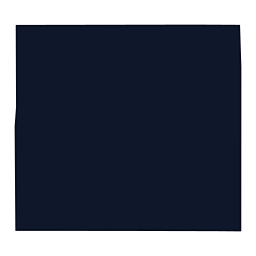 Lincoln, Wisconsin, United States of America
{"feature_id": "52423323B27188266826921", "entity_name": "Lincoln", "entity_type": "district", "adm_level": 2, "iso_a3": "USA", "parent_name": "United States of America", "parent_adm1": "Wisconsin", "projection": "equal_earth", "projection_center": [-89.718, 45.337], "detail": "fine", "context": "isolated", "style": "filled", "palette": "ink", "viewbox_px": 256, "rotation_deg": 0, "n_neighbors": 0, "source": "geoboundaries", "source_scale": "gbopen_adm2", "svg_char_len": 267}
<svg xmlns="http://www.w3.org/2000/svg" viewBox="0 0 256 256"><path d="M240.5,230.6L240.6,66.9L239.3,25.6L195.8,25.4L16.5,25.7L16.8,107.0L15.4,126.5L16.1,230.1L44.8,230.1L131.2,230.2L216.5,230.4L240.5,230.6Z" fill="#0f172a" stroke="#020617" stroke-width="1.5"/></svg>